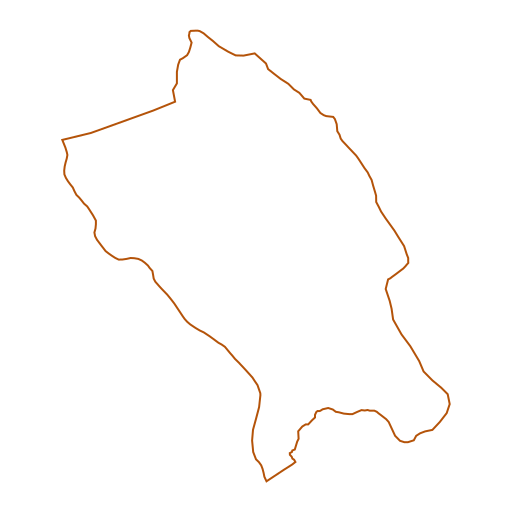 outline of Xayphoothong, Savannakhét, Laos
{"feature_id": "54806243B80767168472934", "entity_name": "Xayphoothong", "entity_type": "district", "adm_level": 2, "iso_a3": "LAO", "parent_name": "Laos", "parent_adm1": "Savannakhét", "projection": "orthographic", "projection_center": [105.02, 16.341], "detail": "fine", "context": "isolated", "style": "outline", "palette": "amber", "viewbox_px": 512, "rotation_deg": 0, "n_neighbors": 0, "source": "geoboundaries", "source_scale": "gbopen_adm2", "svg_char_len": 3024}
<svg xmlns="http://www.w3.org/2000/svg" viewBox="0 0 512 512"><path d="M254.7,53.4L243.6,55.6L235.7,55.4L232.8,54.0L228.0,51.6L218.8,46.2L213.4,41.4L213.2,41.2L207.9,37.0L203.6,33.3L199.7,31.1L197.9,30.7L195.0,30.7L190.8,30.9L189.5,32.1L189.3,33.9L188.9,35.5L189.4,38.1L191.6,42.6L190.3,47.6L188.9,52.0L187.1,55.2L182.7,58.3L180.0,59.7L178.2,64.6L176.9,71.8L176.9,77.6L176.9,83.4L172.9,90.1L175.1,101.7L153.1,110.6L90.8,133.0L62.3,139.9L65.4,147.6L66.8,152.2L67.4,155.0L66.7,158.7L65.6,162.5L64.7,166.4L64.2,170.6L64.4,174.4L65.9,177.9L68.0,181.3L70.3,184.4L72.8,187.5L74.4,191.1L76.4,194.9L79.1,197.5L81.6,200.5L84.0,203.6L87.2,206.4L88.7,208.6L93.0,215.3L95.9,220.6L95.9,224.3L95.5,228.5L94.4,232.5L95.1,236.2L97.0,239.8L101.3,245.5L105.6,251.1L108.7,253.5L111.8,255.7L115.2,257.9L118.7,259.6L122.5,259.5L126.6,258.9L130.6,258.0L134.2,258.2L138.3,258.9L141.8,260.5L144.8,262.7L147.9,265.5L148.0,265.6L149.6,267.9L152.4,271.0L153.1,274.9L153.7,278.6L155.3,281.7L159.6,286.6L161.8,289.0L167.3,294.7L171.2,299.5L174.2,303.4L177.0,307.6L182.7,316.2L184.6,318.9L187.1,321.7L190.1,324.3L193.2,326.4L195.6,328.0L199.8,330.5L203.8,332.4L209.7,336.3L218.5,342.8L221.6,344.5L224.9,346.8L230.1,353.1L232.5,355.8L234.9,358.8L239.4,363.2L239.6,363.5L245.5,369.8L252.5,377.6L254.7,381.0L257.5,385.1L260.3,393.2L260.4,395.2L259.1,407.1L256.1,418.5L254.1,425.8L253.0,429.8L252.1,440.5L253.2,452.0L256.0,459.3L258.9,462.1L261.2,465.3L262.6,469.0L263.6,472.9L264.4,476.8L266.5,481.3L283.7,469.9L292.2,464.5L295.4,462.0L294.1,459.7L292.4,458.6L291.7,456.7L289.9,454.8L289.8,453.1L291.9,452.0L292.3,450.5L294.8,449.5L297.2,441.6L298.6,438.8L298.2,431.3L302.3,426.5L305.7,424.4L308.2,424.4L312.1,420.2L315.0,417.5L315.0,414.8L316.4,411.9L317.6,411.0L319.2,411.1L320.3,410.8L322.6,409.3L328.2,408.0L332.8,409.5L335.8,411.8L338.9,412.3L343.8,413.6L349.0,414.1L352.5,414.1L357.0,412.0L361.5,410.1L364.8,410.5L367.6,410.0L369.8,410.7L374.4,410.7L376.8,411.8L378.5,413.3L380.8,415.0L386.2,419.2L388.7,422.0L395.1,435.8L400.0,440.8L404.4,442.2L407.9,442.2L413.8,440.3L416.2,435.8L420.1,433.3L425.1,431.4L427.5,430.9L432.4,429.9L439.8,422.0L446.7,413.1L449.7,404.1L447.7,394.2L441.3,387.8L432.4,380.4L423.6,371.5L419.2,361.1L410.3,346.2L401.5,334.4L393.1,319.5L391.6,308.8L389.7,300.9L385.7,289.0L388.1,279.4L390.3,278.3L391.9,277.0L394.4,275.2L395.9,274.1L398.8,271.9L400.5,270.6L401.7,269.7L403.2,268.6L405.3,266.4L406.0,265.6L406.1,265.4L408.3,262.9L408.2,261.5L408.2,258.0L406.7,254.2L404.1,246.1L398.2,236.8L394.4,230.6L385.7,218.5L381.1,211.6L378.8,206.9L376.2,202.0L376.1,195.7L375.2,192.5L373.1,185.5L371.6,179.9L369.4,176.0L367.7,172.4L364.5,168.1L358.4,158.7L357.2,157.0L356.1,155.5L348.5,147.5L346.2,145.0L342.5,141.1L340.7,138.6L339.5,134.7L337.3,131.2L336.7,124.2L334.9,119.1L333.2,116.9L326.2,116.1L323.8,115.2L322.7,114.5L320.4,113.0L316.9,108.3L313.0,103.9L311.2,101.4L310.6,99.9L304.3,98.6L299.4,92.9L293.9,89.4L288.3,83.8L280.6,78.9L274.3,74.0L268.1,69.1L266.0,63.5L254.7,53.4Z" fill="none" stroke="#b45309" stroke-width="2"/></svg>